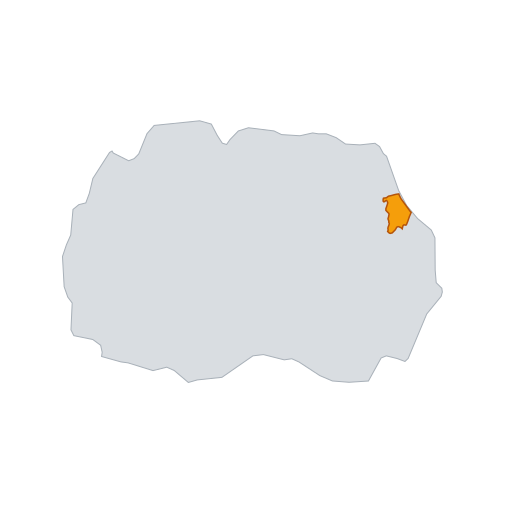 location of Makedonska Kamenica within North Macedonia, rotated 19°
{"feature_id": "MKD-3006", "entity_name": "Makedonska Kamenica", "entity_type": "Statistical Region", "adm_level": 1, "iso_a3": "MKD", "parent_name": "North Macedonia", "parent_adm1": "", "projection": "equal_earth", "projection_center": [22.521, 42.044], "detail": "fine", "context": "in_parent", "style": "filled", "palette": "amber", "viewbox_px": 512, "rotation_deg": 19, "n_neighbors": 0, "source": "natural_earth", "source_scale": "10m", "svg_char_len": 1958}
<svg xmlns="http://www.w3.org/2000/svg" viewBox="0 0 512 512"><g transform="rotate(19 256 256)"><path d="M232.5,131.9L240.6,132.9L258.4,128.0L269.5,121.2L275.1,120.2L282.6,117.6L293.3,118.0L304.2,121.0L318.1,117.1L331.8,110.7L337.2,112.3L343.1,117.7L347.0,119.2L369.6,147.7L382.0,159.2L396.6,168.0L413.3,174.4L419.3,180.6L430.0,211.0L435.1,222.6L442.2,226.0L443.9,229.4L444.2,233.8L436.3,255.2L433.2,303.3L431.2,307.2L422.8,307.0L411.7,308.0L407.5,311.7L403.0,337.6L385.1,345.1L368.9,349.3L355.2,348.3L331.1,342.2L323.3,341.5L316.5,345.0L295.1,346.8L285.6,351.4L263.3,381.8L240.8,392.3L233.2,397.6L216.0,390.9L207.8,390.2L195.9,397.9L169.8,398.7L162.8,400.1L142.7,401.3L141.9,397.1L138.2,391.0L128.9,388.1L109.7,390.6L105.1,386.1L97.5,360.3L91.4,356.1L84.6,347.5L73.2,319.5L73.1,307.2L74.0,296.5L67.8,271.5L71.8,265.1L77.8,261.2L78.0,251.1L76.5,235.8L83.8,205.8L85.7,203.6L87.5,205.1L104.6,207.4L109.1,203.6L111.9,197.7L113.1,175.8L117.2,165.7L158.7,146.5L170.8,145.8L180.1,154.6L187.4,160.3L191.9,160.1L193.5,154.4L198.6,143.5L207.1,137.2L232.2,131.9L232.5,131.9Z" fill="#d9dde1" stroke="#a8b0b8" stroke-width="1"/><path d="M370.9,150.8L371.4,151.6L374.4,154.6L387.1,163.5L388.5,164.2L388.4,166.0L388.2,168.7L388.2,171.6L388.2,174.3L388.1,176.1L388.0,177.5L387.7,178.0L386.9,178.2L386.2,178.3L385.5,178.6L385.1,179.6L385.4,182.7L384.1,182.1L381.8,181.8L380.7,182.0L379.8,182.8L379.5,184.0L379.2,185.8L378.3,187.7L377.3,189.8L375.6,190.9L374.5,190.9L373.2,190.3L372.5,190.0L372.5,189.9L372.5,188.4L371.8,187.2L371.5,185.8L371.6,183.7L371.5,182.0L370.5,180.8L370.2,179.7L369.1,178.5L368.6,177.5L368.6,176.1L368.2,173.2L367.7,172.5L365.5,171.4L364.0,170.6L363.4,169.0L363.4,165.0L363.3,162.9L362.3,161.6L361.4,161.0L360.6,161.5L360.0,162.6L359.3,163.2L358.3,162.7L357.7,160.8L357.7,160.2L357.7,159.8L358.7,159.3L360.3,158.5L361.8,156.3L364.4,154.7L367.0,152.9L368.3,152.1L370.8,150.8L370.9,150.8Z" fill="#f59e0b" stroke="#b45309" stroke-width="1.5"/></g></svg>